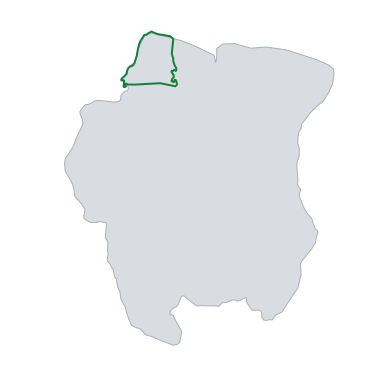 where Nickerie sits in Suriname, rotated 7°
{"feature_id": "SUR-37", "entity_name": "Nickerie", "entity_type": "District", "adm_level": 1, "iso_a3": "SUR", "parent_name": "Suriname", "parent_adm1": "", "projection": "natural_earth1", "projection_center": [-56.858, 5.617], "detail": "fine", "context": "in_parent", "style": "outline", "palette": "green", "viewbox_px": 384, "rotation_deg": 7, "n_neighbors": 0, "source": "natural_earth", "source_scale": "10m", "svg_char_len": 3753}
<svg xmlns="http://www.w3.org/2000/svg" viewBox="0 0 384 384"><g transform="rotate(7 192 192)"><path d="M311.2,86.0L305.8,91.3L300.0,98.7L292.3,111.6L292.6,115.6L290.9,118.9L290.5,124.7L291.1,131.2L293.1,135.4L294.0,143.5L292.5,150.7L293.1,154.9L294.6,161.6L295.9,168.7L295.8,171.6L297.6,174.0L299.4,176.2L298.8,182.6L304.9,193.9L308.6,198.9L314.1,203.7L316.0,208.4L319.1,214.0L320.9,214.7L321.9,217.0L320.9,221.4L320.7,227.4L317.3,234.5L309.3,247.4L308.3,250.4L310.4,261.1L309.3,269.9L308.8,274.1L304.9,281.8L295.6,300.5L290.3,303.8L287.1,309.2L285.0,309.3L282.7,309.8L281.9,310.4L279.0,310.4L276.7,308.0L276.4,305.2L275.2,301.9L272.3,301.0L266.9,302.1L265.3,301.3L262.1,297.8L259.4,294.0L258.8,290.4L257.0,290.7L252.9,294.0L250.1,294.7L247.9,293.9L245.4,294.1L239.1,297.6L235.4,298.4L232.7,302.0L215.3,303.6L210.7,304.6L200.2,298.4L197.5,296.4L196.2,296.1L195.0,296.4L193.9,297.8L192.1,305.5L190.6,307.6L187.8,309.4L185.2,312.4L184.6,315.4L188.7,317.1L192.2,322.9L195.9,327.6L198.9,331.7L198.5,336.3L198.0,342.9L195.8,345.2L192.2,346.3L178.9,343.1L168.8,340.2L164.5,339.6L162.6,338.9L160.0,336.5L157.5,334.2L153.3,333.4L148.4,331.9L144.8,326.1L141.0,317.8L139.7,314.1L136.8,310.5L133.9,305.4L133.0,300.8L130.8,296.6L129.7,295.2L128.0,289.5L127.7,287.4L126.8,287.2L125.6,285.4L123.3,279.3L122.8,277.8L121.8,277.2L119.0,272.9L116.9,271.5L116.1,269.3L116.3,263.3L115.1,260.4L114.8,254.8L114.7,252.6L113.6,250.1L111.7,248.5L111.4,244.4L111.0,234.4L110.1,232.7L102.3,232.8L101.5,233.8L98.1,234.4L94.4,234.5L91.0,233.2L88.2,231.4L87.6,229.3L88.0,222.3L83.5,217.1L76.3,210.6L74.1,202.4L71.5,197.2L63.5,186.5L62.1,179.1L62.1,173.9L64.9,169.1L68.8,160.7L70.4,153.1L71.6,149.1L73.6,143.9L75.5,137.2L74.1,133.0L71.7,128.9L70.9,125.9L73.2,121.4L75.5,118.3L78.1,117.8L81.5,116.0L84.1,113.3L88.1,112.5L93.0,112.3L103.2,112.3L108.4,111.1L110.0,108.9L109.7,104.8L112.3,101.0L115.0,99.4L116.1,98.1L116.3,96.7L115.6,95.5L114.5,94.6L111.6,94.3L109.2,87.8L110.9,84.9L113.1,79.6L113.7,76.7L117.1,72.0L117.9,73.4L120.5,64.9L120.8,58.0L122.8,51.2L125.9,43.1L131.4,39.1L163.6,43.2L178.3,47.1L197.2,53.7L199.9,60.8L200.0,53.7L199.1,46.5L204.3,41.4L215.8,39.6L233.0,42.1L247.8,39.1L267.8,39.4L298.3,45.2L312.0,49.2L317.6,52.8L318.7,59.3L318.2,67.5L316.0,75.4L311.2,86.0Z" fill="#d9dde1" stroke="#a8b0b8" stroke-width="1"/><path d="M108.3,89.8L108.1,89.1L108.3,88.3L108.8,87.5L111.9,83.9L112.6,82.7L112.8,81.0L112.9,79.4L113.1,78.2L113.7,76.7L114.6,75.7L115.1,75.0L117.2,74.1L118.0,73.3L118.6,72.4L119.1,71.4L120.6,63.4L120.9,56.3L121.3,53.9L121.5,52.0L122.2,49.0L123.0,47.0L124.7,43.8L124.9,42.9L125.3,42.3L125.8,41.8L127.3,41.5L127.7,41.2L128.1,40.9L128.4,40.7L128.7,40.5L129.5,39.5L129.9,39.1L130.5,38.9L131.1,38.7L131.8,37.9L132.3,37.7L134.1,38.3L138.0,39.3L140.3,39.6L143.5,39.6L148.5,39.9L151.3,40.1L152.3,40.6L154.3,42.0L154.8,42.3L154.8,43.0L155.0,55.3L155.1,57.2L156.1,59.7L156.8,61.0L157.1,61.6L157.2,63.3L157.4,64.1L159.0,67.9L161.3,71.1L161.5,71.6L161.6,72.4L161.4,73.3L161.2,73.7L160.9,73.7L160.2,73.2L159.7,73.0L159.3,73.1L159.0,73.5L158.6,73.9L158.3,74.2L157.9,74.3L157.4,74.2L157.1,74.3L157.0,74.7L157.2,75.5L159.3,78.0L159.7,78.6L159.8,79.3L159.8,80.3L159.5,81.0L159.1,81.5L158.8,81.9L158.5,82.4L158.5,83.2L158.2,83.7L158.1,84.1L158.2,84.4L158.6,84.6L159.6,84.9L160.2,85.2L160.6,85.0L160.8,84.6L161.0,83.5L161.2,83.0L161.5,82.8L161.8,82.7L162.3,83.0L162.8,83.8L163.1,84.6L163.6,85.8L163.9,86.6L163.9,87.3L163.6,87.9L163.2,88.3L162.5,89.1L147.1,87.9L121.5,92.5L117.8,92.8L114.7,93.3L114.6,93.2L114.3,92.7L113.7,92.5L113.0,92.5L112.4,92.9L112.3,93.6L112.6,94.3L113.3,95.2L113.1,95.7L112.7,96.0L112.2,96.1L111.6,95.9L111.3,95.5L111.2,94.9L111.1,89.8L110.9,89.6L110.5,89.6L109.8,89.4L108.9,89.8L108.3,89.8Z" fill="none" stroke="#15803d" stroke-width="2"/></g></svg>